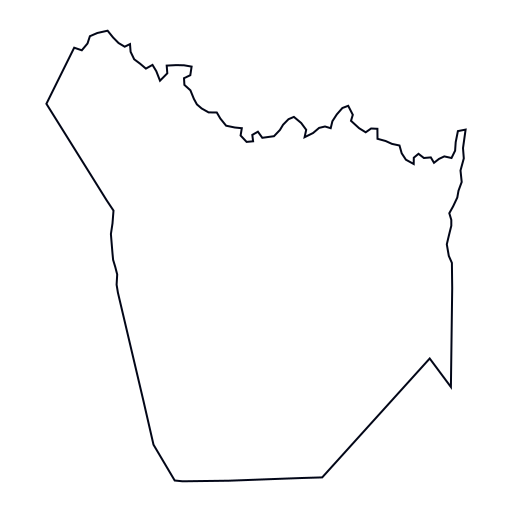 outline of Nossa Senhora Aparecida, Sergipe, Brazil
{"feature_id": "56859067B5954289975540", "entity_name": "Nossa Senhora Aparecida", "entity_type": "district", "adm_level": 2, "iso_a3": "BRA", "parent_name": "Brazil", "parent_adm1": "Sergipe", "projection": "albers", "projection_center": [-37.498, -10.352], "detail": "fine", "context": "isolated", "style": "outline", "palette": "ink", "viewbox_px": 512, "rotation_deg": 0, "n_neighbors": 0, "source": "geoboundaries", "source_scale": "gbopen_adm2", "svg_char_len": 1545}
<svg xmlns="http://www.w3.org/2000/svg" viewBox="0 0 512 512"><path d="M117.9,292.6L143.4,400.7L153.5,444.7L174.7,480.5L182.6,481.3L229.2,480.7L285.3,478.6L302.0,478.0L322.2,477.4L429.7,358.5L450.9,387.0L452.2,288.2L451.9,262.9L448.8,255.9L446.8,244.3L449.1,234.6L451.3,225.8L451.3,219.9L449.3,213.2L453.1,206.4L457.3,197.5L458.5,190.7L461.7,182.0L460.5,170.5L463.8,158.4L463.0,148.1L465.6,129.6L457.9,131.1L455.7,142.1L455.1,150.7L451.5,158.0L444.3,156.4L439.0,158.9L434.0,162.8L430.8,157.4L423.9,158.0L418.5,153.8L413.8,157.7L413.7,164.0L405.9,159.7L401.7,153.3L399.5,145.5L392.0,143.9L385.6,141.0L377.5,138.8L377.4,128.8L371.1,128.5L365.7,132.3L359.1,128.2L351.0,120.8L352.8,114.8L348.2,105.8L342.4,108.0L336.8,114.4L332.4,121.2L330.7,128.2L325.0,126.5L319.1,127.9L313.1,133.0L304.6,137.2L306.2,129.8L301.2,123.0L293.9,116.9L288.5,119.2L283.1,124.7L279.9,130.0L274.0,136.2L262.3,137.8L257.9,131.7L252.3,134.9L253.1,141.3L246.6,141.9L240.6,135.5L241.8,128.2L234.8,127.5L226.1,125.7L220.3,118.5L216.8,112.5L208.6,112.4L201.7,108.5L196.9,104.4L193.9,98.9L190.4,90.3L184.4,84.9L184.0,78.2L190.3,75.2L191.6,66.6L184.1,65.3L176.4,65.1L166.7,65.6L167.3,73.3L160.0,80.7L156.3,71.2L152.5,64.9L145.9,68.6L140.1,63.7L134.2,59.3L130.6,51.8L130.0,44.1L124.7,46.7L118.5,43.0L113.1,37.5L107.6,30.7L97.3,33.0L89.9,36.2L87.5,43.5L81.8,50.3L74.2,47.7L46.4,103.8L91.3,175.7L106.7,200.4L113.5,210.6L112.5,223.4L110.9,234.0L111.9,246.3L112.5,253.5L113.1,259.8L115.3,267.1L117.2,274.5L116.6,284.7L117.9,292.6Z" fill="none" stroke="#020617" stroke-width="2"/></svg>